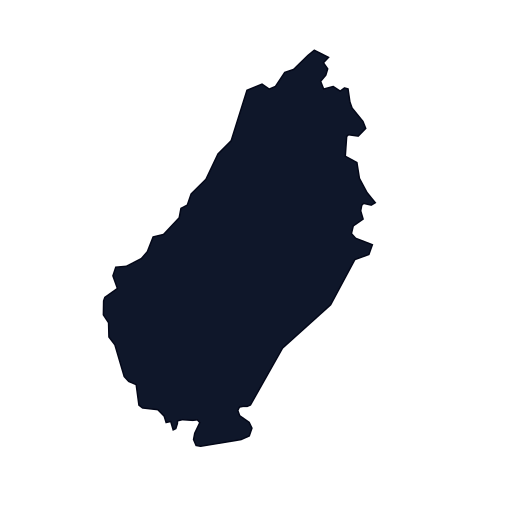 outline of West Sussex, rotated 318°
{"feature_id": "GBR-2748", "entity_name": "West Sussex", "entity_type": "Administrative County", "adm_level": 1, "iso_a3": "GBR", "parent_name": "United Kingdom", "parent_adm1": "", "projection": "mercator", "projection_center": [-0.467, 50.946], "detail": "fine", "context": "isolated", "style": "filled", "palette": "ink", "viewbox_px": 512, "rotation_deg": 318, "n_neighbors": 0, "source": "natural_earth", "source_scale": "10m", "svg_char_len": 1326}
<svg xmlns="http://www.w3.org/2000/svg" viewBox="0 0 512 512"><g transform="rotate(318 256 256)"><path d="M350.0,325.5L340.9,330.4L327.1,324.8L278.8,342.2L214.1,342.2L152.2,363.0L148.9,361.9L145.8,359.1L142.6,357.2L139.1,358.6L137.0,363.8L139.6,375.0L137.8,381.2L130.6,385.2L122.0,382.4L87.5,360.3L84.7,356.7L86.8,350.6L91.9,346.7L102.8,342.2L102.8,338.5L99.0,335.8L91.7,328.3L87.3,326.0L85.5,327.9L80.9,330.6L78.1,329.8L81.9,321.9L77.8,319.6L80.6,313.6L80.2,304.5L70.0,293.0L69.2,288.5L80.9,271.4L77.5,264.1L77.4,257.4L91.7,227.6L92.5,217.8L101.8,206.9L103.2,197.6L112.7,187.4L116.0,185.6L131.3,187.4L136.4,175.0L144.3,170.5L152.8,176.9L169.1,181.2L178.1,180.1L192.3,173.0L201.7,178.1L224.5,176.2L232.1,170.4L239.0,172.2L249.3,166.5L270.1,165.5L296.1,154.7L314.7,153.7L360.2,126.8L375.5,132.3L377.5,140.8L383.9,143.0L400.2,138.8L408.8,142.5L428.9,141.7L437.0,142.1L442.8,156.9L435.4,157.5L434.5,164.9L428.9,168.3L420.9,169.4L418.0,177.2L426.8,181.7L428.9,189.8L434.2,190.3L436.2,193.4L428.9,204.3L426.4,210.3L425.5,227.6L422.9,234.6L412.2,235.3L405.9,227.8L403.4,227.8L389.1,241.6L393.5,254.1L384.8,267.5L381.0,282.9L380.6,289.5L380.4,294.1L380.3,296.2L375.7,295.3L371.2,288.9L368.6,289.0L364.0,292.5L360.3,300.2L348.4,298.7L341.9,303.2L341.9,309.5L350.0,325.5Z" fill="#0f172a" stroke="#020617" stroke-width="1.5"/></g></svg>